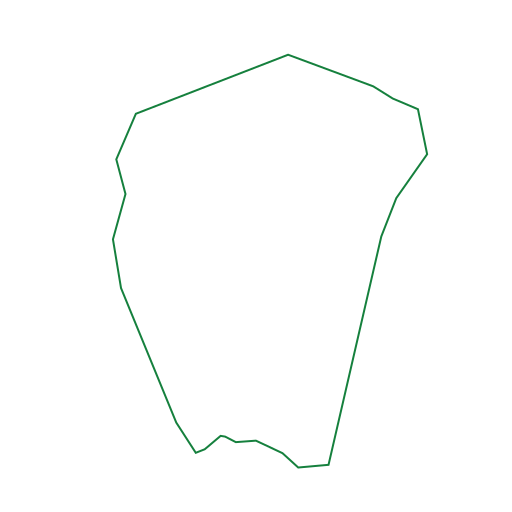 outline of Kidricevo, rotated 279°
{"feature_id": "SVN-956", "entity_name": "Kidricevo", "entity_type": "Municipality", "adm_level": 1, "iso_a3": "SVN", "parent_name": "Slovenia", "parent_adm1": "", "projection": "orthographic", "projection_center": [15.739, 46.395], "detail": "fine", "context": "isolated", "style": "outline", "palette": "green", "viewbox_px": 512, "rotation_deg": 279, "n_neighbors": 0, "source": "natural_earth", "source_scale": "10m", "svg_char_len": 431}
<svg xmlns="http://www.w3.org/2000/svg" viewBox="0 0 512 512"><g transform="rotate(279 256 256)"><path d="M79.0,203.3L203.2,127.7L250.1,112.1L296.8,117.4L329.6,102.9L377.7,115.1L459.8,256.2L441.9,345.3L432.9,366.5L426.3,393.0L383.3,409.1L335.1,385.5L294.9,376.7L61.1,360.3L53.7,330.8L65.4,313.0L73.6,284.8L69.0,265.2L72.8,253.7L72.8,249.2L57.1,235.6L52.2,227.3L79.0,203.3Z" fill="none" stroke="#15803d" stroke-width="2"/></g></svg>